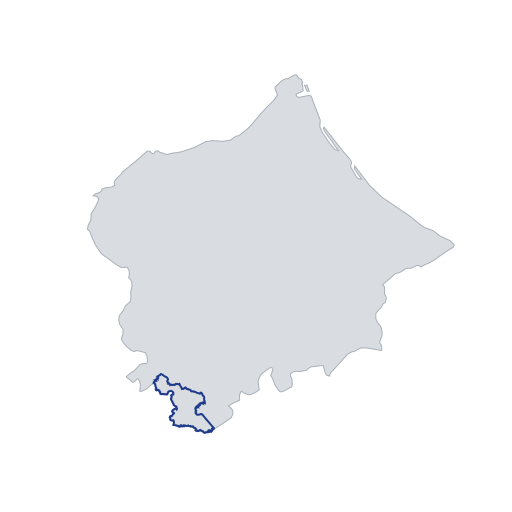 Folon, Denguélé, Ivory Coast shown in context, rotated 238°
{"feature_id": "98640826B69523806833990", "entity_name": "Folon", "entity_type": "district", "adm_level": 2, "iso_a3": "CIV", "parent_name": "Ivory Coast", "parent_adm1": "Denguélé", "projection": "robinson", "projection_center": [-7.378, 10.084], "detail": "fine", "context": "in_parent", "style": "outline", "palette": "blue", "viewbox_px": 512, "rotation_deg": 238, "n_neighbors": 0, "source": "geoboundaries", "source_scale": "gbopen_adm2", "svg_char_len": 9284}
<svg xmlns="http://www.w3.org/2000/svg" viewBox="0 0 512 512"><g transform="rotate(238 256 256)"><path d="M139.0,112.6L140.4,112.6L144.1,111.4L147.4,108.6L150.6,102.8L154.8,98.2L159.5,98.5L160.9,97.7L162.6,97.5L164.6,100.5L166.6,102.9L168.0,102.9L169.1,107.4L177.8,109.2L181.5,110.4L184.6,113.6L185.7,113.7L187.0,113.0L188.0,111.9L188.3,110.7L186.9,107.8L187.5,105.2L188.9,102.8L191.1,102.7L194.5,102.0L198.4,102.0L201.2,102.4L202.4,100.1L201.3,93.6L201.6,89.9L202.0,86.9L203.1,85.7L207.4,89.5L211.3,90.9L214.2,91.0L214.9,90.3L213.7,86.1L214.1,84.8L215.1,84.1L217.0,83.7L222.0,82.0L222.5,82.3L223.4,88.9L223.0,91.0L224.1,95.5L225.4,99.7L225.3,101.3L224.2,103.9L222.9,106.3L223.1,107.2L225.1,108.8L228.9,110.5L232.9,110.9L235.1,108.5L237.4,106.5L239.0,104.7L239.5,102.1L242.0,100.2L249.2,97.9L255.8,97.5L257.4,98.3L260.4,101.9L264.2,104.4L269.9,104.1L274.1,105.5L277.7,108.3L280.2,114.5L282.9,119.0L284.0,125.3L288.2,128.7L291.5,130.2L296.0,134.8L300.6,137.2L305.3,136.6L307.6,139.0L311.1,140.7L314.7,140.9L317.8,135.5L321.9,133.4L332.4,129.2L336.5,127.3L340.7,126.0L350.7,125.7L360.1,127.0L364.7,128.0L367.9,127.2L370.9,129.8L374.1,135.1L376.6,136.8L379.2,138.6L381.2,142.8L383.4,146.9L384.7,148.8L387.5,152.9L389.9,152.9L392.3,151.2L393.3,149.8L393.8,152.6L392.8,156.9L393.0,159.7L394.4,160.7L393.7,164.2L390.9,170.1L390.9,173.7L393.7,174.8L395.6,178.5L396.8,184.9L398.0,187.0L398.1,188.3L400.1,203.8L402.6,219.4L401.1,221.4L398.9,222.0L397.5,222.7L397.1,224.1L398.1,226.3L397.5,228.2L394.8,229.5L389.0,234.5L388.6,236.4L387.1,240.6L385.8,243.2L383.9,248.0L380.9,260.5L379.8,271.0L379.7,274.2L378.5,276.4L377.2,279.7L370.9,288.6L367.7,295.9L368.1,299.1L368.3,302.3L367.3,304.6L367.5,310.7L368.3,315.9L369.5,321.0L374.1,335.3L376.5,344.0L378.0,351.0L379.3,355.7L380.5,357.7L381.0,359.5L387.8,360.8L389.2,361.8L391.0,371.0L390.7,375.1L389.4,376.7L389.4,380.2L389.1,384.5L388.2,386.2L384.3,386.5L381.8,388.1L378.4,387.5L378.0,386.4L376.2,386.0L371.1,383.5L372.0,375.6L369.6,375.2L367.8,376.3L364.2,385.8L362.5,387.5L337.3,382.5L331.8,378.6L325.3,377.7L313.9,378.1L304.5,379.3L301.8,381.7L325.5,380.3L328.1,380.6L329.3,382.0L299.2,385.2L287.8,387.0L284.4,386.5L281.8,383.5L269.3,383.1L266.8,384.1L265.2,386.4L270.1,385.9L277.9,385.7L280.0,387.5L255.7,389.7L238.9,394.0L231.8,397.2L208.3,407.6L194.0,412.5L190.3,414.4L183.8,419.5L175.4,422.7L166.1,428.7L160.3,430.0L159.0,428.1L158.9,418.0L158.1,404.3L158.4,399.1L159.2,394.2L159.2,390.2L162.0,388.7L162.8,387.0L163.2,381.7L165.9,376.9L165.9,368.5L166.7,366.7L167.3,364.5L166.2,359.0L164.7,348.7L164.0,348.0L163.3,348.4L161.8,348.6L155.9,345.0L151.4,344.4L148.2,341.3L148.0,337.9L146.5,335.8L145.4,331.8L143.8,327.2L139.3,324.4L135.1,323.7L132.1,324.3L128.6,324.1L124.6,322.6L121.8,320.8L119.2,317.4L116.8,314.7L114.8,315.1L112.5,314.4L110.1,313.2L109.4,312.2L119.1,301.5L122.4,296.2L122.8,293.0L122.8,289.7L123.9,286.4L124.2,281.3L118.8,262.9L117.4,257.2L116.0,255.5L115.1,254.9L117.8,252.5L121.5,253.1L127.3,255.0L128.5,253.1L132.9,243.8L132.8,240.4L132.4,238.0L134.9,231.6L136.9,229.1L138.0,226.5L137.7,222.8L136.1,221.5L134.1,221.7L131.7,220.8L128.0,218.8L126.2,216.9L126.7,208.5L127.1,205.9L128.4,204.4L130.4,204.0L136.1,203.7L140.7,204.7L144.8,205.2L147.0,205.2L148.7,207.7L151.0,210.3L153.1,210.2L153.8,208.3L153.3,200.0L152.0,195.6L148.9,191.4L140.8,187.8L140.6,182.7L141.5,177.2L143.2,175.2L149.2,171.7L148.1,169.9L146.2,167.9L142.4,165.8L143.3,159.3L143.5,153.4L140.3,154.1L137.0,154.4L134.2,152.6L131.9,149.1L131.5,139.3L131.5,128.0L131.0,123.0L131.9,120.3L134.8,117.9L137.9,114.7L139.0,112.6ZM375.1,387.6L373.8,389.8L367.4,388.4L368.9,386.6L375.1,387.6Z" fill="#d9dde1" stroke="#a8b0b8" stroke-width="1"/><path d="M202.6,101.9L202.4,102.1L202.1,102.3L201.9,102.6L200.5,102.5L199.8,102.3L199.5,101.9L199.0,101.7L197.2,101.5L196.8,101.2L196.5,100.6L195.8,100.2L194.9,100.3L194.9,101.2L194.7,101.5L194.4,101.7L194.4,102.1L194.2,102.2L194.0,101.9L193.8,101.9L193.4,102.4L193.1,102.4L192.9,102.7L192.6,102.6L192.1,102.2L191.2,102.6L190.7,102.1L190.3,102.0L190.2,102.1L189.7,101.9L189.1,102.3L188.7,103.2L188.3,103.6L188.3,103.9L187.9,104.7L187.7,104.8L187.3,104.9L187.1,105.4L186.3,106.4L186.3,106.7L185.7,107.2L185.7,107.5L187.4,109.9L186.8,112.0L186.0,112.9L185.0,113.4L184.1,113.5L183.0,112.7L182.7,112.8L182.4,112.5L182.4,112.2L183.0,110.8L182.7,110.1L181.4,109.9L180.1,108.3L179.7,108.0L179.0,107.9L174.0,107.5L173.4,107.2L173.0,107.3L172.1,107.7L171.8,107.7L170.8,108.5L170.5,108.7L168.3,108.0L167.9,107.4L168.9,107.2L169.3,106.8L169.5,106.0L169.5,104.7L169.4,103.6L168.9,102.6L168.3,102.5L167.3,102.6L166.6,103.2L166.3,103.3L166.0,103.2L165.9,103.1L166.0,102.9L166.2,102.7L166.3,102.5L165.8,101.8L165.8,101.5L165.6,101.3L165.5,100.8L165.2,100.3L165.2,99.9L165.0,99.5L165.2,99.0L165.6,98.8L165.6,98.7L165.2,98.1L165.3,97.8L165.2,97.7L164.7,97.2L164.4,97.3L162.7,96.6L162.0,96.6L161.5,96.9L161.0,97.5L160.8,97.9L160.7,98.6L160.5,98.9L160.1,98.9L159.6,98.6L158.8,98.5L158.2,98.2L156.5,96.4L155.5,97.7L154.2,98.7L154.2,99.1L153.5,99.7L153.2,99.9L152.5,99.9L152.2,100.5L151.6,100.8L151.6,101.1L152.0,101.2L152.2,101.6L152.4,102.2L152.3,102.7L152.1,102.9L151.9,102.9L151.0,102.7L150.6,102.9L150.6,103.2L150.8,103.6L150.8,104.0L150.5,104.2L149.8,104.5L149.7,104.7L149.9,104.8L150.3,104.7L150.6,104.7L150.7,104.9L150.7,105.2L150.2,105.5L150.0,106.0L149.3,106.4L149.1,106.6L148.4,107.6L148.2,108.6L147.8,108.5L147.5,109.0L146.9,109.4L146.7,110.1L146.0,110.3L146.0,110.6L145.7,110.9L145.6,111.2L145.5,111.5L145.3,111.6L145.2,111.9L145.0,112.2L144.8,112.3L143.8,112.3L142.9,112.6L142.7,113.0L142.1,113.2L141.8,113.5L140.6,113.3L140.0,112.8L139.9,112.4L139.6,112.5L139.4,112.7L138.9,113.8L138.5,113.9L138.2,114.0L138.0,114.4L138.2,115.2L138.0,116.6L137.6,116.7L136.1,117.5L135.7,118.0L135.4,117.8L134.8,118.2L134.0,118.3L133.3,118.5L133.1,119.0L133.1,120.3L132.9,120.7L132.4,121.5L132.2,122.3L131.8,122.5L131.6,122.8L131.8,123.1L132.2,123.3L132.7,122.9L132.9,122.8L133.1,122.9L133.3,123.3L133.2,123.9L133.0,124.1L132.4,124.1L132.1,124.5L131.8,124.6L131.4,124.6L131.2,124.4L130.9,124.6L131.3,124.9L131.4,125.3L130.9,125.4L130.9,125.7L131.3,126.6L131.6,126.6L132.2,126.2L132.3,126.4L132.3,126.7L132.6,126.8L132.8,127.1L132.8,127.5L132.5,128.1L132.3,128.2L132.0,128.1L131.9,128.3L131.8,128.7L131.9,128.8L132.3,129.1L132.6,128.9L133.2,128.9L133.6,128.7L133.8,128.8L145.8,127.0L150.0,126.5L150.4,126.1L150.9,126.0L151.3,125.4L151.3,124.8L151.3,124.5L152.2,122.5L152.5,122.1L153.0,121.7L153.4,121.6L154.2,121.9L154.3,121.7L154.8,121.6L155.1,121.7L155.5,122.1L156.3,122.5L156.4,122.9L156.4,123.3L156.5,123.3L156.9,123.2L157.1,123.3L157.6,123.3L158.6,123.6L158.7,124.0L159.1,124.2L159.0,124.4L159.2,124.5L159.3,124.7L159.1,124.8L158.9,125.3L159.4,125.0L159.6,125.0L159.7,125.3L159.4,125.5L159.5,125.9L159.4,126.5L159.9,126.5L160.1,126.9L160.0,127.0L159.9,127.0L159.7,126.8L159.7,127.1L159.4,127.2L159.7,127.3L159.6,127.5L159.8,127.6L159.9,127.8L159.6,127.9L159.7,128.0L159.6,128.3L159.2,128.4L159.2,128.5L159.4,128.4L159.5,128.5L159.4,128.6L159.2,128.8L159.3,129.0L159.4,129.4L159.7,129.4L160.0,129.2L160.1,129.3L159.9,129.5L160.0,129.7L160.2,129.9L160.2,130.2L160.3,130.3L160.7,130.3L160.7,130.6L160.5,130.8L160.3,130.8L160.5,131.2L160.1,131.8L160.2,132.2L159.9,132.4L160.1,132.9L159.9,133.1L159.8,133.6L159.7,133.7L159.4,133.4L159.4,133.7L159.0,133.6L159.1,133.8L159.1,134.0L158.6,134.3L158.2,134.6L159.1,135.1L159.8,135.3L160.0,135.5L160.4,135.3L161.0,135.6L161.3,135.7L161.5,135.8L162.6,136.5L163.1,136.9L164.0,137.3L165.1,137.3L165.9,136.9L166.3,136.9L166.8,137.1L167.1,137.1L167.6,137.4L167.9,137.4L168.3,137.2L169.2,137.1L169.3,136.9L169.1,136.8L169.2,136.6L168.9,135.9L169.1,135.2L169.8,135.0L170.7,133.8L172.8,132.5L173.7,131.7L174.0,131.7L174.2,131.4L174.2,131.0L174.9,130.5L175.1,130.1L175.4,129.5L175.8,129.3L177.0,129.4L177.3,129.3L178.0,128.8L178.2,128.5L178.5,128.3L178.8,128.2L178.9,127.7L179.2,127.6L179.3,127.4L179.7,127.2L179.9,126.9L180.6,126.8L180.7,126.6L181.1,126.7L181.7,126.6L181.7,126.3L182.0,126.1L182.0,125.8L181.8,125.6L181.8,124.9L182.0,124.6L182.0,124.4L181.9,124.2L181.8,123.9L182.0,123.5L182.3,123.4L182.3,123.1L182.4,122.7L182.8,122.7L184.6,123.1L185.5,123.0L186.3,123.0L187.7,123.2L188.1,123.3L188.2,122.7L188.5,121.9L189.0,121.7L189.5,121.0L189.6,120.6L190.0,120.2L189.9,119.7L190.0,119.5L189.8,119.2L189.9,118.9L189.8,118.6L189.9,118.3L190.1,118.0L190.7,117.7L190.7,117.3L191.1,116.5L191.2,116.4L191.4,116.2L191.5,115.9L191.9,115.9L192.1,115.8L192.4,115.2L192.3,114.9L192.8,115.0L192.9,114.9L193.0,114.9L193.1,114.6L193.4,114.5L193.6,114.5L193.9,114.5L194.4,114.5L194.6,114.3L194.6,114.0L195.0,114.2L195.2,114.5L195.4,114.4L195.6,114.1L195.9,114.2L196.3,114.4L196.8,114.3L197.4,115.0L197.9,115.8L198.2,116.1L198.7,116.2L200.5,116.0L202.1,114.9L205.0,113.7L206.2,112.9L206.4,112.5L206.1,111.9L205.9,111.3L206.1,108.9L205.9,108.8L205.9,108.6L205.7,108.7L205.4,108.4L205.0,108.6L204.6,108.6L204.5,108.4L204.3,108.2L204.1,107.9L204.2,107.7L203.9,107.4L204.1,107.2L203.8,107.1L204.1,106.9L204.1,106.6L203.9,106.1L203.9,105.9L204.1,105.9L204.3,105.7L204.1,105.5L204.2,105.4L204.1,105.1L204.2,104.7L204.0,104.8L203.9,104.5L203.8,104.4L203.4,104.5L203.6,104.2L203.5,103.8L203.2,103.2L203.2,102.8L203.2,102.7L202.9,102.6L203.0,102.4L202.8,102.1L202.6,101.9Z" fill="none" stroke="#1e3a8a" stroke-width="2"/></g></svg>